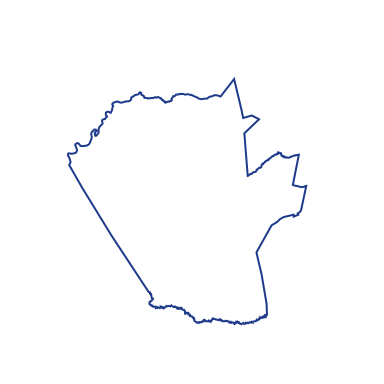 Luanshya, Copperbelt, Zambia, rotated 30°
{"feature_id": "96606910B75415616642530", "entity_name": "Luanshya", "entity_type": "district", "adm_level": 2, "iso_a3": "ZMB", "parent_name": "Zambia", "parent_adm1": "Copperbelt", "projection": "natural_earth1", "projection_center": [28.455, -13.074], "detail": "fine", "context": "isolated", "style": "outline", "palette": "blue", "viewbox_px": 384, "rotation_deg": 30, "n_neighbors": 0, "source": "geoboundaries", "source_scale": "gbopen_adm2", "svg_char_len": 6069}
<svg xmlns="http://www.w3.org/2000/svg" viewBox="0 0 384 384"><g transform="rotate(30 192 192)"><path d="M89.8,146.3L86.8,149.4L85.8,150.2L81.7,151.1L79.4,153.9L79.0,154.9L79.0,155.9L80.5,156.7L80.7,157.1L80.6,157.5L81.8,161.2L82.1,163.9L81.6,164.3L80.2,164.1L79.1,164.6L78.4,165.0L77.8,166.3L78.5,167.8L79.0,168.5L80.4,168.9L80.7,169.2L80.6,169.9L80.1,171.0L80.2,172.3L79.0,173.4L78.3,174.3L78.3,174.9L78.6,175.5L79.9,176.8L80.4,177.9L79.4,181.2L79.4,183.2L80.0,184.9L81.3,186.9L81.4,187.8L81.1,190.8L80.5,191.6L79.9,191.6L78.5,189.7L78.1,189.1L78.8,187.2L78.7,186.6L77.7,186.1L76.3,186.6L75.2,190.2L75.3,191.0L75.8,192.3L77.8,194.6L78.2,195.7L79.0,201.0L78.9,202.1L77.9,204.1L76.0,205.8L73.3,207.6L72.5,207.8L69.2,206.6L68.1,207.1L67.2,208.8L67.4,209.8L70.9,212.5L71.7,213.6L71.9,215.4L71.6,216.4L69.0,218.9L66.0,220.1L65.6,220.6L66.1,222.3L68.7,223.7L71.8,226.7L72.0,227.4L72.1,230.0L94.7,243.2L144.1,270.0L204.5,300.3L205.8,299.9L206.5,301.2L207.2,301.2L207.6,300.9L208.0,301.6L208.4,301.7L208.5,302.1L210.3,304.0L210.9,304.2L211.2,303.8L211.5,303.8L211.7,305.1L211.0,306.6L211.0,307.2L210.8,307.2L210.2,308.4L210.3,308.8L210.7,309.2L211.0,310.2L212.8,310.3L213.0,310.8L214.3,310.2L214.9,310.9L215.4,310.8L215.7,310.4L216.4,310.4L217.9,309.5L218.1,310.2L218.6,310.6L219.0,309.8L220.0,309.8L220.1,308.8L222.2,308.6L222.3,307.9L222.7,307.8L222.3,307.1L222.8,307.2L223.1,306.5L223.5,306.4L223.8,306.7L224.4,306.4L225.0,307.0L225.4,306.6L225.8,306.7L225.8,305.9L226.3,305.4L226.7,304.3L226.7,303.6L227.3,303.7L229.0,302.1L230.4,301.9L230.8,300.6L231.2,300.8L232.9,300.6L233.5,300.8L234.4,300.3L234.4,299.8L234.7,299.6L235.2,299.8L235.9,299.6L236.8,300.1L237.4,299.3L237.7,299.7L237.8,299.4L238.1,299.2L238.7,299.9L239.0,299.8L239.0,299.4L239.9,299.0L239.9,298.0L240.2,297.7L240.9,297.6L241.4,298.6L242.5,298.4L243.1,298.6L244.0,298.0L244.9,298.5L245.3,298.5L245.9,299.0L246.3,300.1L246.9,300.9L247.1,300.9L248.1,299.1L248.8,299.1L249.0,298.5L249.4,298.5L250.1,299.3L250.2,299.8L251.5,299.3L252.1,300.3L252.5,300.0L253.2,300.2L254.2,299.7L255.0,300.2L255.8,300.0L256.2,300.5L256.7,300.2L257.4,300.8L257.4,301.2L258.1,301.6L258.4,302.3L258.8,302.4L259.7,302.6L260.6,302.4L261.2,302.8L262.1,302.2L262.4,302.3L262.7,301.7L263.3,301.8L263.3,301.1L263.9,300.7L264.2,301.0L265.1,300.2L265.5,298.9L266.4,298.9L266.7,298.1L266.3,297.1L266.8,297.1L267.1,296.9L267.1,296.5L267.7,296.5L268.2,297.0L268.6,297.1L269.2,296.9L269.9,296.2L270.6,295.8L270.8,294.8L271.1,294.8L271.5,295.4L271.9,295.0L272.9,295.1L272.7,294.5L273.3,294.1L273.1,292.9L273.3,292.2L273.0,291.4L273.3,290.9L274.7,291.0L275.8,290.4L276.7,290.5L277.3,290.0L278.7,289.9L279.2,289.6L279.4,288.4L279.7,288.3L280.3,288.3L280.5,288.8L280.8,288.9L281.4,288.7L281.6,288.2L282.3,288.7L282.5,288.4L284.4,288.2L285.6,286.6L286.2,286.7L287.0,286.1L287.3,286.3L288.3,286.0L288.6,285.7L289.4,286.2L289.7,286.2L289.9,285.9L290.3,286.1L290.6,285.5L291.0,285.8L291.2,285.6L291.1,285.1L291.8,285.3L292.0,284.9L292.9,284.4L293.8,284.6L293.7,285.1L293.9,284.8L294.3,285.1L294.7,285.1L294.7,284.3L295.1,284.3L295.1,282.7L295.6,282.9L295.6,282.4L296.3,282.2L296.2,281.8L296.5,281.9L296.6,281.6L297.2,281.5L298.1,282.2L298.5,282.1L298.6,281.7L299.1,282.1L300.7,281.9L301.8,280.0L302.1,280.3L303.1,280.1L303.1,279.8L303.6,279.8L304.2,278.9L304.1,278.4L304.8,278.4L305.3,277.5L305.8,277.7L306.4,277.4L306.5,276.9L306.9,276.2L307.3,276.2L307.5,275.9L308.6,275.4L308.5,274.8L309.0,274.9L309.4,274.3L309.9,274.5L309.7,273.8L310.8,272.6L311.7,272.2L312.0,271.3L311.9,270.5L312.5,270.7L312.7,270.0L313.3,269.8L313.4,267.9L313.9,268.0L313.7,266.8L314.0,267.0L314.5,266.8L315.2,265.7L315.5,265.8L315.6,265.0L316.0,265.2L316.2,264.4L316.4,264.9L317.3,264.5L317.7,264.1L317.7,263.5L318.4,263.2L318.0,262.0L317.6,261.8L318.2,261.6L318.4,261.0L312.8,252.0L311.3,250.1L293.4,228.5L278.0,212.1L277.6,181.1L280.8,175.2L281.8,171.5L283.8,168.0L291.3,160.9L292.4,162.5L295.4,158.5L294.2,157.6L295.4,155.5L295.6,153.3L287.9,129.6L287.3,130.1L286.4,131.5L283.9,133.3L280.5,134.1L276.8,135.4L275.8,135.4L265.9,106.3L264.2,107.5L263.7,108.3L262.8,108.7L262.7,109.2L261.9,109.7L260.9,111.2L259.8,112.1L259.6,112.9L258.8,113.8L257.3,114.6L256.3,114.8L256.0,115.3L254.8,115.2L254.7,115.7L254.2,115.9L253.9,115.5L253.7,115.9L253.3,115.9L253.1,115.5L252.6,115.6L252.7,115.4L252.4,115.3L251.3,115.6L250.1,114.8L250.2,114.3L250.0,114.1L249.7,114.4L249.1,114.1L247.7,114.4L247.4,114.7L246.9,114.6L247.0,115.2L247.5,115.1L247.6,115.4L247.4,115.9L246.5,116.3L246.3,116.7L246.7,116.8L246.6,117.1L245.4,118.0L244.7,119.1L244.5,120.3L243.7,120.8L242.9,123.5L242.2,124.3L242.4,125.1L242.0,126.3L241.5,126.3L241.4,127.1L241.1,127.3L240.4,128.5L240.4,129.0L240.1,129.3L240.2,130.0L239.9,130.6L238.9,132.2L239.0,132.6L239.3,132.7L238.9,133.2L238.9,134.1L239.5,135.6L239.2,136.7L238.5,136.9L238.0,137.7L237.4,139.6L236.9,140.2L236.9,140.8L237.2,141.3L237.1,142.4L236.3,143.5L235.7,143.7L235.0,144.8L234.5,146.6L233.7,147.0L232.5,149.9L232.2,150.2L208.0,115.0L213.7,95.5L205.6,95.8L199.3,102.3L193.2,95.5L172.0,73.1L169.0,95.0L165.5,95.7L163.2,96.8L161.2,99.5L160.5,99.8L159.3,101.3L158.3,103.6L156.0,105.0L154.8,106.2L153.3,107.1L151.3,107.7L147.9,107.6L146.0,108.1L143.4,108.1L143.1,108.4L142.3,108.4L141.9,108.8L139.9,109.2L138.4,110.2L137.4,111.1L135.4,111.4L134.8,111.9L133.7,112.3L133.3,112.9L132.5,113.1L131.7,113.7L131.7,114.1L131.1,114.6L129.4,115.8L129.4,116.7L128.9,117.8L127.9,118.2L128.1,119.2L127.8,120.0L127.7,121.4L127.7,121.8L128.6,122.5L128.5,123.3L127.7,124.0L127.6,124.7L126.8,125.0L126.7,125.4L126.1,125.6L125.7,126.3L124.9,126.8L124.3,128.0L123.4,127.9L123.1,127.2L121.4,127.4L120.9,126.9L120.0,127.2L119.8,126.9L118.8,126.8L118.4,126.3L116.6,126.7L115.3,126.6L114.0,128.1L112.9,128.1L111.3,130.1L109.5,131.1L109.1,131.8L108.0,132.1L107.1,133.1L106.5,133.0L104.0,134.1L103.4,134.1L102.9,133.2L101.4,132.8L101.1,133.1L100.7,133.2L99.3,133.0L98.6,132.4L98.5,131.5L97.8,131.5L96.8,132.0L96.8,133.6L96.3,134.7L94.1,136.6L93.6,138.2L92.2,140.3L92.2,140.8L93.0,142.2L92.7,144.1L91.1,145.6L89.8,146.3Z" fill="none" stroke="#1e3a8a" stroke-width="2"/></g></svg>